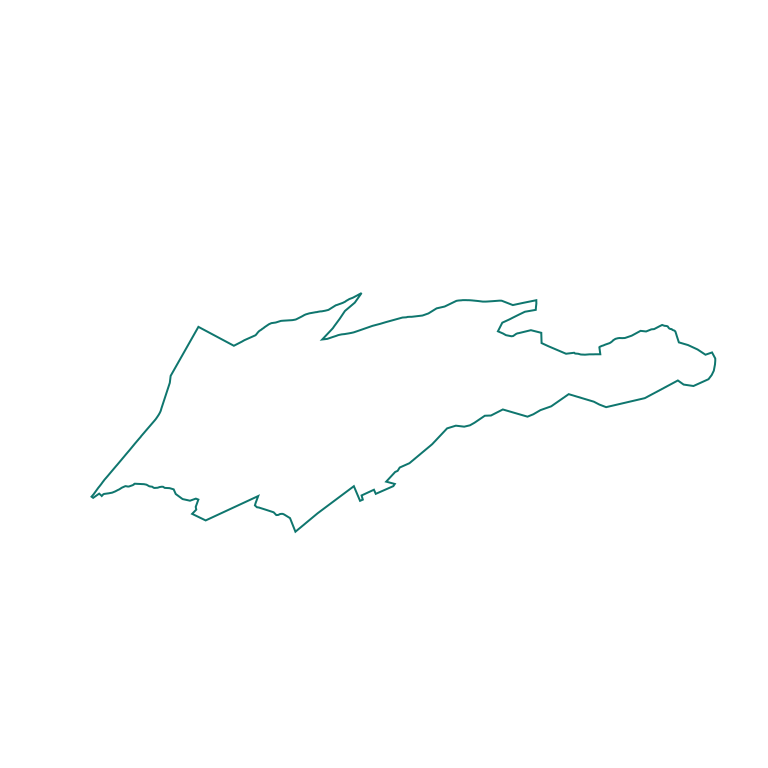 Ga East, Greater Accra, Ghana, rotated 66°
{"feature_id": "2480657B24635332146555", "entity_name": "Ga East", "entity_type": "district", "adm_level": 2, "iso_a3": "GHA", "parent_name": "Ghana", "parent_adm1": "Greater Accra", "projection": "equal_earth", "projection_center": [-0.223, 5.706], "detail": "fine", "context": "isolated", "style": "outline", "palette": "teal", "viewbox_px": 768, "rotation_deg": 66, "n_neighbors": 0, "source": "geoboundaries", "source_scale": "gbopen_adm2", "svg_char_len": 3992}
<svg xmlns="http://www.w3.org/2000/svg" viewBox="0 0 768 768"><g transform="rotate(66 384 384)"><path d="M488.6,71.5L488.3,75.0L488.0,78.4L480.0,83.5L472.1,90.4L465.9,97.7L459.2,97.0L456.9,96.7L454.8,96.5L454.5,96.5L453.5,96.9L452.9,97.4L452.3,98.1L451.7,98.6L451.0,98.8L450.7,99.1L450.5,99.5L450.3,99.9L449.3,100.8L448.5,101.1L446.8,101.4L446.2,102.0L445.7,102.7L444.9,104.1L443.2,105.9L443.3,108.6L443.7,114.9L442.8,117.6L442.8,118.5L442.6,123.2L439.8,128.0L440.6,138.1L440.0,144.9L439.8,145.7L438.9,147.9L438.6,148.5L437.8,150.1L437.3,151.7L437.1,153.0L436.9,154.2L437.2,156.3L437.3,157.0L437.7,157.7L438.0,158.9L438.3,160.2L438.4,161.3L438.0,166.1L438.0,168.0L437.8,169.3L437.8,171.4L437.8,171.6L438.0,172.3L444.8,174.3L444.7,174.5L442.8,178.9L440.4,184.4L439.0,188.4L437.1,192.2L435.3,194.4L433.9,197.0L433.3,197.3L432.8,197.6L430.4,205.4L416.2,218.6L410.7,223.4L401.2,219.5L394.6,227.9L392.3,240.4L392.0,241.5L392.0,242.8L392.0,243.0L392.7,246.5L392.2,248.2L389.0,252.7L386.2,254.8L382.2,258.5L376.1,251.0L376.0,242.9L375.8,239.4L375.5,232.6L375.3,225.9L378.0,215.2L375.9,214.1L372.5,212.1L369.4,210.8L366.5,223.8L364.3,234.2L356.4,242.0L355.9,242.5L355.5,243.1L354.9,244.4L352.5,251.1L350.7,256.0L350.2,257.3L349.6,258.7L348.8,260.4L346.4,264.4L343.6,269.3L342.5,271.3L340.6,275.3L339.5,277.7L339.0,279.3L338.0,282.1L337.6,283.6L337.5,284.1L337.9,297.1L336.3,305.2L337.6,314.7L337.1,321.0L333.9,331.3L332.4,334.8L332.1,336.6L330.8,340.1L328.2,357.4L327.5,362.9L326.2,370.9L325.1,384.1L324.5,390.7L324.0,393.2L323.4,395.7L322.3,399.9L321.5,402.3L321.0,404.5L320.7,406.2L320.6,408.1L320.2,411.9L319.7,417.5L318.2,422.3L312.7,409.1L312.1,407.8L311.1,406.2L306.5,398.1L301.4,390.0L297.8,377.6L291.8,367.5L292.5,377.1L292.5,377.8L292.3,381.1L292.6,383.6L292.6,384.3L293.0,386.0L293.1,388.6L293.0,390.3L292.8,392.8L292.7,394.4L292.5,396.1L293.7,404.6L293.1,408.0L292.8,409.2L292.3,411.3L291.7,412.9L291.1,415.4L291.0,416.2L290.7,416.9L289.9,420.2L289.1,423.4L288.6,427.2L288.6,428.9L288.7,429.6L288.8,430.7L288.9,431.9L289.2,438.0L289.1,438.8L288.4,441.7L285.0,450.8L284.4,452.6L283.8,457.9L282.6,462.1L282.6,464.8L283.6,470.4L283.9,471.1L284.1,472.8L284.4,473.6L284.8,476.3L285.4,477.9L287.0,481.0L287.2,481.7L287.2,493.8L287.5,496.7L288.0,505.6L256.3,530.3L289.8,575.6L295.8,579.2L315.8,597.3L316.9,598.2L318.0,599.2L319.2,600.6L320.6,602.5L322.3,605.2L323.3,606.9L324.1,608.5L327.6,615.9L329.0,618.9L333.0,627.3L333.2,627.5L334.7,630.7L337.1,635.7L340.5,642.5L340.7,642.9L340.9,643.3L343.0,647.7L345.4,652.6L349.4,660.8L349.8,661.7L353.9,670.2L355.9,674.3L357.8,678.4L358.3,679.2L358.8,680.2L360.7,683.5L361.1,684.3L361.5,685.0L361.9,685.8L362.6,687.2L366.6,694.1L368.0,697.0L369.7,696.0L368.3,688.8L370.7,687.7L371.5,687.4L370.6,685.3L370.6,684.4L371.9,679.9L372.3,678.2L372.7,676.5L372.8,673.2L372.6,670.2L372.6,668.9L372.1,665.6L372.1,662.4L372.2,661.6L373.5,659.7L373.9,658.7L374.2,654.8L374.1,653.5L373.8,653.1L373.7,652.3L377.9,644.0L379.4,641.9L382.0,640.0L382.8,638.8L383.5,637.6L385.0,636.7L385.6,636.0L386.7,633.0L386.9,630.8L387.4,629.0L387.7,628.3L388.1,627.6L389.7,626.6L391.9,622.3L392.3,621.8L394.7,619.0L399.8,619.0L407.2,614.8L411.7,608.7L412.2,602.5L414.1,600.6L419.7,606.0L422.4,606.6L424.6,612.1L436.1,602.4L435.2,544.5L440.3,549.5L442.4,551.3L444.9,550.2L446.0,548.5L450.8,543.1L456.3,537.0L459.9,535.7L460.5,534.3L460.6,533.5L460.5,531.9L460.9,530.5L461.5,529.3L462.6,528.3L468.3,524.4L482.9,525.0L475.1,497.2L465.1,453.1L481.0,453.4L481.0,450.4L476.7,449.8L476.5,436.2L481.0,436.2L481.1,417.0L479.7,414.8L474.1,421.7L468.9,409.6L468.9,406.9L466.7,403.6L466.7,393.0L458.6,364.5L450.2,344.4L451.3,335.3L455.6,328.1L456.7,322.3L456.2,317.1L454.0,304.8L456.3,299.1L455.6,285.8L472.2,266.2L472.4,259.9L471.5,251.7L472.4,240.3L468.4,219.4L485.5,199.5L490.4,195.6L495.5,190.5L503.0,151.5L500.9,122.2L500.3,114.1L506.4,110.5L511.7,102.1L511.6,85.6L509.1,81.0L506.0,77.3L500.8,73.7L497.5,71.9L495.4,71.0L488.6,71.5Z" fill="none" stroke="#0f766e" stroke-width="2"/></g></svg>